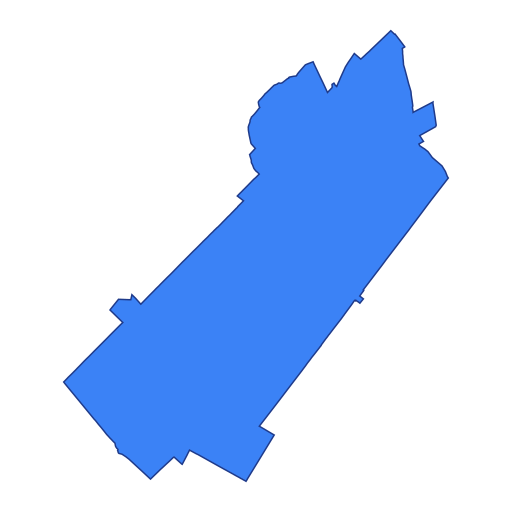 Costesti, Buzau, Romania (orthographic projection)
{"feature_id": "2599482B55165348658592", "entity_name": "Costesti", "entity_type": "district", "adm_level": 2, "iso_a3": "ROU", "parent_name": "Romania", "parent_adm1": "Buzau", "projection": "orthographic", "projection_center": [26.756, 45.052], "detail": "fine", "context": "isolated", "style": "filled", "palette": "blue", "viewbox_px": 512, "rotation_deg": 0, "n_neighbors": 0, "source": "geoboundaries", "source_scale": "gbopen_adm2", "svg_char_len": 5239}
<svg xmlns="http://www.w3.org/2000/svg" viewBox="0 0 512 512"><path d="M246.0,481.3L247.1,479.6L247.3,479.1L255.8,465.2L274.2,435.0L259.3,426.2L270.8,411.3L279.1,400.5L289.7,386.6L299.5,373.8L301.8,370.8L303.8,368.1L305.4,366.0L307.5,363.0L310.1,359.7L311.6,357.6L314.5,354.0L321.2,345.4L321.4,344.8L325.8,338.8L327.4,336.8L327.8,336.2L328.9,334.7L329.2,334.4L330.8,332.3L333.4,328.9L341.6,318.3L343.1,316.2L344.1,314.9L344.4,314.4L346.4,311.7L351.8,304.4L353.1,302.5L353.9,301.3L354.7,300.4L355.3,300.9L355.8,300.2L356.0,300.3L356.5,300.8L356.9,301.1L358.4,302.0L359.9,303.2L361.5,301.2L363.4,298.9L359.7,296.0L360.6,294.8L361.3,293.8L363.2,291.3L363.1,291.2L363.8,290.2L363.3,289.8L364.1,288.7L365.8,286.5L382.5,264.6L386.4,259.3L407.1,232.2L407.6,231.6L408.9,229.9L410.4,227.8L412.8,224.6L415.0,221.7L418.0,217.7L421.6,212.9L427.7,204.7L431.0,200.3L448.3,178.0L447.3,176.4L445.4,171.5L442.0,165.9L435.5,160.3L434.7,159.6L432.6,157.8L432.1,157.3L430.3,154.8L428.0,151.7L424.7,149.0L422.5,147.6L419.8,145.8L418.9,144.0L423.5,141.4L423.2,141.0L419.7,135.6L435.6,126.7L436.2,125.2L434.9,116.0L432.9,103.1L433.0,102.0L413.6,112.1L413.1,112.4L413.1,112.2L413.1,111.7L412.7,109.3L412.4,107.1L412.8,106.1L412.7,105.0L412.3,102.0L412.1,100.7L411.9,99.4L411.8,98.9L411.5,96.7L411.2,94.7L411.1,93.2L411.0,92.0L410.8,91.0L409.3,85.9L408.7,84.0L408.0,81.3L407.0,77.4L404.8,69.1L403.5,64.7L403.5,64.0L403.3,61.3L403.0,58.1L402.9,56.0L402.6,53.7L402.6,51.3L402.3,48.4L402.8,48.1L404.7,47.0L404.8,46.9L404.4,46.3L403.6,45.3L401.3,42.2L395.1,34.1L394.6,34.3L394.2,33.9L390.8,30.7L370.1,50.5L369.9,50.8L366.1,54.2L365.0,55.3L360.8,59.1L354.3,53.5L353.4,54.8L353.1,55.3L352.8,55.7L350.1,59.7L348.4,62.1L346.9,64.5L345.4,66.9L344.0,70.0L341.2,76.2L339.8,79.3L339.1,81.2L338.5,82.3L337.6,84.5L336.9,86.2L336.7,86.0L336.5,86.4L336.0,85.9L335.4,85.4L335.1,85.0L334.7,84.4L334.4,83.8L334.0,83.1L333.9,83.1L333.3,83.5L333.1,83.7L332.9,83.8L332.5,84.0L332.4,84.1L332.0,84.4L332.2,86.8L332.1,87.2L332.1,87.6L330.7,89.1L327.5,92.5L323.1,83.0L319.9,76.4L316.7,69.6L314.7,65.4L314.1,64.1L313.1,61.8L311.5,62.4L308.3,63.6L306.1,64.5L305.3,64.9L299.8,71.1L298.6,72.5L297.1,74.5L297.1,74.8L296.1,76.0L293.4,76.3L289.4,77.1L288.7,77.6L288.8,78.1L287.3,78.8L283.9,81.5L282.2,82.8L281.3,83.1L280.8,83.3L280.1,83.2L279.5,83.1L279.0,83.0L278.8,83.0L278.3,83.2L277.8,83.6L277.1,84.1L275.8,84.6L275.3,84.8L274.6,85.0L274.3,85.2L273.6,85.6L273.4,85.9L272.4,86.9L271.8,87.4L269.5,89.8L268.8,90.4L267.4,91.8L265.6,93.4L264.8,94.1L264.0,95.3L261.3,98.4L259.3,100.4L258.4,101.8L258.3,102.4L258.5,103.2L258.5,103.8L258.9,105.3L259.3,106.7L259.8,107.4L256.8,111.2L254.4,114.1L252.2,116.4L251.4,117.1L251.2,117.7L251.1,118.2L250.8,118.8L250.5,119.2L250.4,119.4L250.3,119.7L250.2,120.1L250.1,120.4L250.1,120.7L250.1,121.2L250.1,121.6L249.9,122.0L249.8,122.6L249.6,123.2L248.9,124.9L248.5,126.2L248.2,127.2L248.4,127.8L248.3,128.8L248.4,130.3L248.6,131.7L249.0,133.8L249.1,134.7L250.9,143.1L251.3,143.9L255.3,148.4L249.6,154.6L249.9,155.4L250.0,156.1L251.2,159.9L251.3,160.6L251.3,161.2L251.3,162.1L251.4,162.4L251.5,162.9L251.9,163.6L252.5,164.8L253.3,166.9L253.8,168.2L254.1,168.7L254.5,169.3L255.8,170.9L256.2,171.3L257.6,172.4L258.9,173.7L259.2,174.1L255.6,177.7L253.7,179.3L247.2,186.0L245.5,187.7L243.3,189.9L241.5,191.8L239.8,193.4L237.3,196.0L243.5,200.8L237.7,206.7L237.6,207.0L237.0,207.7L236.4,208.2L233.3,211.4L231.2,213.5L230.6,214.2L229.8,215.0L229.3,215.5L228.4,216.3L227.8,216.9L227.2,217.5L225.5,219.3L224.2,220.6L222.5,222.3L221.3,223.6L218.8,226.1L217.5,227.4L217.1,227.6L216.2,228.5L215.5,229.2L214.3,230.3L212.9,231.8L211.4,233.2L209.9,234.7L209.0,235.6L208.4,236.3L206.5,238.2L205.3,239.3L204.0,240.6L203.1,241.4L202.5,242.1L201.7,242.9L200.8,243.8L199.8,244.8L197.8,246.8L195.1,249.5L193.1,251.4L184.4,260.2L182.6,261.9L172.0,272.8L170.3,274.5L167.4,277.3L163.4,281.3L160.6,284.1L158.8,286.0L156.5,288.2L155.6,289.1L154.4,290.4L153.2,291.6L151.8,293.0L150.5,294.3L149.0,295.8L146.2,298.7L141.2,303.8L140.8,304.2L135.6,298.3L131.9,294.7L130.8,299.7L128.9,299.7L118.5,299.3L110.6,309.1L110.0,310.0L122.8,322.5L120.3,324.9L117.8,327.4L113.1,332.1L109.5,335.7L106.9,338.4L104.3,341.0L98.5,346.8L94.5,350.8L88.9,356.5L86.4,358.9L83.7,361.6L79.7,365.8L77.5,368.0L76.1,369.5L71.1,374.5L68.1,377.4L67.1,378.5L63.7,382.0L64.9,383.6L70.4,390.3L81.1,403.3L94.5,419.6L95.0,420.0L95.5,420.6L96.4,421.7L97.8,423.5L98.4,424.3L100.9,427.2L104.2,431.3L105.6,433.1L106.7,434.5L108.3,436.2L110.0,438.1L110.7,438.8L111.5,439.6L112.9,441.1L114.7,442.9L115.0,443.2L115.1,443.9L115.5,446.1L115.7,446.4L116.1,447.3L116.6,447.9L116.8,448.3L117.2,448.6L117.5,448.8L117.7,449.1L117.9,449.4L118.0,449.6L117.9,449.8L117.7,450.2L117.6,450.7L117.9,451.0L118.1,452.1L118.4,452.9L118.9,453.4L122.0,454.2L125.8,456.7L128.9,459.1L136.8,466.4L141.8,471.0L150.5,479.1L160.5,469.4L162.4,467.7L167.1,463.3L169.4,461.2L172.1,458.6L173.5,457.3L174.1,457.1L181.7,464.0L182.2,464.3L183.8,461.3L187.0,455.2L187.8,453.5L188.9,451.4L189.5,450.1L196.5,453.9L197.7,454.4L217.0,465.2L223.5,468.8L223.8,469.0L225.7,470.0L236.3,475.9L239.3,477.5L240.6,478.3L241.1,478.6L242.0,479.0L243.5,479.9L243.7,480.0L244.1,480.2L244.6,480.5L245.3,480.8L246.0,481.3Z" fill="#3b82f6" stroke="#1e3a8a" stroke-width="1.5"/></svg>